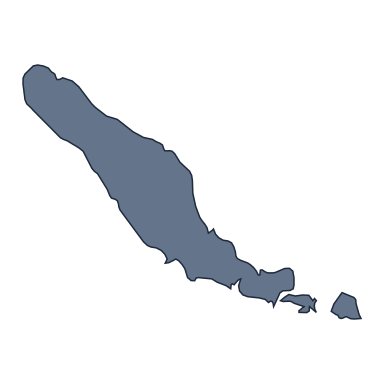 Choiseul, Natural Earth projection
{"feature_id": "SLB-3508", "entity_name": "Choiseul", "entity_type": "Province", "adm_level": 1, "iso_a3": "SLB", "parent_name": "Solomon Islands", "parent_adm1": "", "projection": "natural_earth1", "projection_center": [157.196, -7.037], "detail": "fine", "context": "isolated", "style": "filled", "palette": "slate", "viewbox_px": 384, "rotation_deg": 0, "n_neighbors": 0, "source": "natural_earth", "source_scale": "10m", "svg_char_len": 2269}
<svg xmlns="http://www.w3.org/2000/svg" viewBox="0 0 384 384"><path d="M294.0,277.9L294.0,285.0L293.2,288.8L290.0,290.5L283.0,290.8L280.0,292.8L273.6,306.6L273.1,303.2L272.0,301.4L270.5,301.2L268.5,302.5L265.2,299.4L259.1,297.9L247.8,296.7L242.9,294.9L239.6,291.1L238.6,285.7L240.8,278.9L238.7,279.7L237.2,281.1L234.1,284.8L232.2,283.8L231.1,284.7L230.7,288.8L226.0,285.6L217.0,282.1L211.8,278.9L198.5,277.6L196.3,277.9L194.7,280.7L191.1,280.6L187.6,277.6L184.9,268.8L182.2,264.6L178.8,260.8L175.8,259.0L173.5,260.4L168.7,262.7L165.2,263.2L167.2,259.0L164.9,254.3L161.2,250.4L156.3,247.9L150.9,247.0L147.5,245.5L143.5,241.8L120.1,210.1L119.0,207.4L118.4,203.8L117.3,200.6L115.0,199.2L111.6,198.2L109.8,195.7L107.2,189.3L97.5,173.6L94.4,171.3L92.0,168.5L83.2,151.3L79.1,148.0L67.2,140.8L63.5,139.4L60.5,137.8L32.6,109.7L31.9,108.7L26.7,103.8L25.0,99.7L23.0,83.9L23.1,78.1L25.0,74.0L33.3,65.9L37.6,65.0L43.4,66.0L48.4,68.1L51.4,71.9L53.1,72.8L54.9,74.3L55.7,76.9L56.8,79.5L59.2,79.5L61.6,78.5L62.7,77.8L72.2,81.0L78.8,86.8L91.7,103.8L95.2,107.3L106.5,116.1L117.3,119.4L132.9,131.7L143.3,137.4L152.4,139.4L156.6,141.9L159.7,143.1L162.5,145.0L163.6,148.4L164.6,150.6L166.9,150.9L169.7,150.7L172.2,151.3L174.7,153.7L180.0,162.3L189.6,171.3L191.7,175.6L192.4,180.6L192.8,193.1L195.6,206.2L199.7,217.2L202.1,220.9L204.7,224.0L207.0,227.7L208.4,233.1L212.2,230.4L213.5,229.0L215.5,234.1L218.8,237.8L223.1,240.2L228.1,241.0L231.5,242.8L233.9,247.0L235.4,252.0L235.9,256.0L237.3,258.5L240.6,260.3L247.8,263.0L250.6,264.9L253.7,267.7L256.4,271.2L258.2,274.9L259.8,274.9L260.4,270.1L262.2,269.9L264.9,271.7L267.6,272.9L273.0,272.9L275.5,272.4L284.6,268.5L289.4,268.3L292.8,271.1L294.0,277.9ZM355.7,299.6L356.1,303.9L359.1,314.6L361.0,318.5L354.2,319.0L350.6,318.7L346.4,316.7L344.8,317.1L343.1,318.0L341.2,318.5L339.3,317.9L337.7,315.1L336.0,314.6L331.2,311.3L333.9,304.0L342.0,292.6L353.9,297.5L355.7,299.6ZM314.5,298.5L316.4,300.7L314.8,302.9L314.3,305.9L314.8,309.3L316.3,312.4L309.5,306.6L309.2,311.0L306.7,312.6L299.0,312.4L299.0,310.6L300.5,309.6L302.7,307.6L304.1,306.6L294.2,303.3L291.4,301.6L289.4,301.2L283.1,301.5L280.5,300.7L284.6,297.3L288.9,294.5L295.4,296.0L302.5,295.0L308.8,295.3L312.9,300.7L314.5,298.5Z" fill="#64748b" stroke="#1e293b" stroke-width="1.5"/></svg>